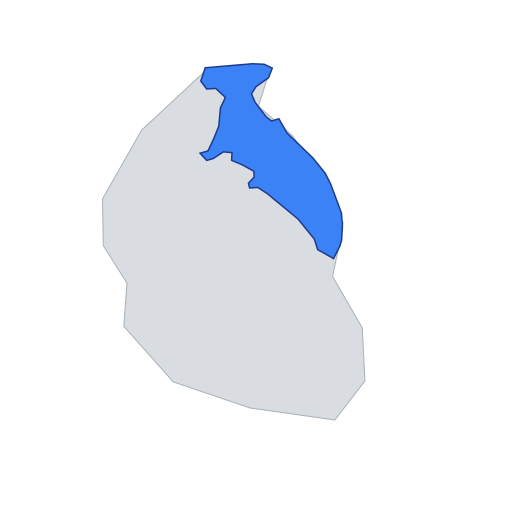 Mauritius, with Rivière Noire highlighted, rotated 133°
{"feature_id": "MUS-5193", "entity_name": "Rivière Noire", "entity_type": "District", "adm_level": 1, "iso_a3": "MUS", "parent_name": "Mauritius", "parent_adm1": "", "projection": "mercator", "projection_center": [57.418, -20.334], "detail": "fine", "context": "in_parent", "style": "filled", "palette": "blue", "viewbox_px": 512, "rotation_deg": 133, "n_neighbors": 0, "source": "natural_earth", "source_scale": "10m", "svg_char_len": 1071}
<svg xmlns="http://www.w3.org/2000/svg" viewBox="0 0 512 512"><g transform="rotate(133 256 256)"><path d="M318.9,407.2L242.1,425.5L156.0,419.4L122.6,384.5L116.1,370.0L145.0,356.3L143.1,311.6L157.5,241.0L175.9,211.9L218.7,186.1L236.1,129.2L273.1,91.1L322.2,86.5L371.2,156.7L404.5,230.6L397.6,304.7L363.8,331.9L352.6,374.7L318.9,407.2Z" fill="#d9dde1" stroke="#a8b0b8" stroke-width="1"/><path d="M165.7,415.7L152.9,421.5L117.9,389.8L110.2,380.8L107.5,372.2L117.1,368.4L132.2,371.5L140.5,369.9L144.2,361.5L147.3,343.3L146.6,336.6L140.0,332.9L144.9,317.1L145.5,281.3L148.3,261.7L152.5,250.4L166.3,222.8L171.3,217.5L172.6,215.5L186.0,204.2L191.9,201.3L205.0,197.5L205.9,201.4L209.3,215.2L203.9,224.7L202.5,234.8L200.3,250.5L200.8,258.8L202.2,281.3L202.7,290.3L204.7,301.5L209.4,305.9L210.6,307.1L207.9,311.2L199.5,311.2L195.5,315.4L198.8,328.6L202.7,339.1L196.8,344.0L202.1,350.9L213.8,353.7L219.7,357.2L219.0,367.0L211.9,362.8L198.8,367.0L186.4,371.8L172.0,383.0L160.9,386.5L160.9,399.7L167.5,406.0L165.7,415.7Z" fill="#3b82f6" stroke="#1e3a8a" stroke-width="1.5"/></g></svg>